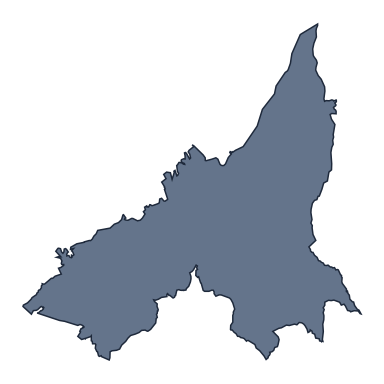 Babana, Arges, Romania (Natural Earth projection), rotated 270°
{"feature_id": "2599482B94335816711173", "entity_name": "Babana", "entity_type": "district", "adm_level": 2, "iso_a3": "ROU", "parent_name": "Romania", "parent_adm1": "Arges", "projection": "natural_earth1", "projection_center": [24.7, 44.889], "detail": "fine", "context": "isolated", "style": "filled", "palette": "slate", "viewbox_px": 384, "rotation_deg": 270, "n_neighbors": 0, "source": "geoboundaries", "source_scale": "gbopen_adm2", "svg_char_len": 5831}
<svg xmlns="http://www.w3.org/2000/svg" viewBox="0 0 384 384"><g transform="rotate(270 192 192)"><path d="M249.4,333.2L259.5,334.9L264.8,331.5L269.5,330.1L270.5,331.8L270.2,336.1L272.8,336.1L274.0,335.5L274.8,334.3L276.6,333.5L278.3,335.7L279.0,336.0L281.0,334.8L282.2,336.3L283.1,336.4L284.0,336.1L283.0,333.7L283.8,333.0L284.1,331.8L283.2,329.2L283.4,326.1L282.7,324.6L285.1,323.9L292.9,324.9L297.2,324.6L304.8,321.2L308.4,318.2L313.9,315.7L316.7,316.0L321.1,317.2L323.8,316.4L327.8,313.6L329.1,313.2L335.0,312.7L340.7,313.9L347.0,316.4L353.0,316.0L355.6,316.4L358.4,317.6L360.0,317.6L349.5,300.3L330.4,291.9L320.6,290.4L314.4,288.2L313.1,287.4L311.5,285.2L298.0,276.1L290.1,274.5L274.6,262.4L257.9,257.2L237.4,243.2L233.8,235.7L231.9,232.9L232.2,232.6L231.2,231.6L232.3,230.9L232.4,230.2L231.4,229.8L229.9,231.2L226.5,228.3L220.1,225.5L218.5,223.8L218.4,222.1L218.9,220.9L219.9,219.9L224.8,217.9L226.2,215.9L224.8,211.8L223.3,206.1L223.5,205.3L226.2,205.2L229.0,203.2L238.1,193.9L239.2,192.1L237.5,193.8L233.7,189.1L232.1,188.2L229.9,189.7L226.0,190.6L225.0,189.6L230.2,186.7L231.5,185.6L231.4,185.0L231.1,184.5L228.1,185.1L225.0,185.1L225.2,183.7L224.3,181.5L223.7,181.2L222.5,181.3L221.3,182.4L220.5,184.4L219.6,184.7L219.8,183.6L221.5,181.2L221.3,180.4L221.6,179.6L221.5,178.9L219.3,177.6L218.5,176.7L212.4,177.5L210.8,178.6L208.8,177.8L208.1,176.9L213.6,175.0L212.8,173.9L211.4,174.2L204.6,172.1L211.3,170.4L211.9,166.6L209.6,163.7L205.3,166.0L201.9,161.7L197.1,164.6L196.9,164.3L195.1,165.2L194.6,164.5L184.8,167.7L184.2,167.1L182.8,165.0L183.0,163.9L185.7,161.6L185.0,159.7L181.2,159.3L180.3,157.9L178.4,152.6L178.4,151.7L179.2,150.6L179.3,149.8L177.0,148.6L177.3,148.0L176.9,147.1L178.1,146.7L176.8,144.6L174.3,145.4L172.3,143.4L170.0,145.0L165.9,142.4L163.8,140.3L163.2,137.5L165.5,132.9L165.6,131.7L163.7,128.0L163.9,126.0L164.5,124.5L165.4,124.8L166.0,125.8L169.3,123.5L169.0,122.9L164.4,121.6L161.4,118.5L159.8,114.3L155.9,110.1L153.6,97.7L150.2,96.2L147.9,93.9L144.8,92.2L143.4,90.6L143.5,89.3L142.1,84.2L141.7,84.2L140.2,76.8L136.8,70.8L134.7,70.5L135.4,73.5L133.2,71.6L132.1,72.7L129.2,73.9L127.9,72.3L129.5,71.3L126.6,71.9L126.3,71.5L126.7,70.0L128.4,68.9L128.5,67.7L128.1,66.9L129.8,66.7L131.5,67.6L132.0,68.3L134.8,66.4L135.4,65.4L134.9,64.2L132.0,63.9L130.7,62.9L132.0,61.6L135.3,60.5L135.8,58.7L135.6,57.9L132.7,55.8L127.3,60.7L127.5,58.9L126.7,56.6L125.9,59.9L125.0,61.0L123.0,61.9L120.5,61.3L119.5,61.8L119.5,63.7L118.7,63.7L116.6,61.0L115.8,58.5L109.9,61.3L107.8,55.1L105.7,52.7L105.7,51.3L100.1,44.8L99.8,43.9L100.3,42.2L99.2,42.3L98.1,41.4L96.3,41.4L94.2,40.0L93.9,38.8L93.2,38.3L92.0,38.3L90.9,36.9L89.4,36.5L86.4,32.1L84.6,31.0L81.1,27.5L78.9,23.4L77.5,23.0L69.8,31.4L73.4,33.4L73.7,36.3L74.3,37.6L77.4,40.9L77.5,41.8L76.4,42.6L76.9,43.3L76.5,43.8L74.8,43.2L73.3,41.5L73.3,40.8L71.2,38.5L71.0,37.1L63.5,59.7L62.7,64.6L58.6,77.8L59.5,80.0L59.0,81.7L58.0,83.3L57.1,84.0L56.6,83.8L56.1,82.8L56.4,82.6L55.4,81.7L55.3,81.0L52.7,79.8L52.2,80.5L51.4,80.2L47.6,77.8L44.5,81.6L45.5,84.9L45.1,85.3L45.7,85.7L47.4,90.6L48.2,91.3L43.2,91.3L42.7,92.2L40.2,92.6L40.2,95.2L39.5,95.8L35.8,95.3L32.5,96.8L32.3,97.5L28.3,98.5L27.6,99.3L28.3,101.2L27.4,101.5L24.0,109.2L26.2,109.9L32.2,110.1L33.2,111.9L33.7,116.5L34.9,119.6L38.9,121.7L42.6,125.7L45.8,127.9L48.5,130.6L49.9,135.2L51.5,139.1L53.6,141.6L53.9,145.1L52.8,147.3L52.9,148.1L54.6,150.6L61.0,155.7L65.4,156.2L66.6,157.3L69.8,156.5L70.5,157.2L73.0,157.4L73.0,157.9L74.3,158.2L77.7,157.0L80.1,157.2L82.5,154.5L84.2,153.7L83.8,155.5L84.8,158.5L86.6,161.5L87.4,166.9L89.7,166.9L90.4,167.6L88.5,169.0L88.7,169.8L86.1,172.9L86.1,173.4L86.8,174.5L88.4,175.1L88.5,175.6L93.8,176.8L94.4,179.0L93.8,180.1L93.6,182.3L93.9,183.1L93.5,183.8L93.8,184.2L93.9,185.9L95.4,186.4L97.7,188.7L102.0,190.4L105.2,191.0L107.7,190.9L111.2,189.7L112.4,191.9L114.2,193.5L118.9,196.1L118.0,197.4L116.3,196.6L114.6,197.5L113.6,196.0L108.5,195.8L106.6,197.7L107.2,198.6L101.0,200.7L100.8,201.2L93.6,203.2L92.7,204.6L92.7,209.0L93.8,211.7L93.8,213.2L92.2,214.1L90.3,214.1L87.8,215.9L89.1,219.1L89.1,221.1L86.0,229.5L84.6,230.9L81.1,232.8L74.9,234.7L71.9,233.3L70.2,233.4L68.7,232.8L61.8,232.8L58.7,230.7L54.5,230.5L54.0,230.9L53.9,232.3L51.6,234.2L50.4,236.0L47.7,237.6L47.6,239.3L46.4,240.7L46.1,242.6L45.4,244.2L42.9,246.4L43.3,246.8L43.5,248.3L39.5,254.9L36.0,256.2L33.3,259.7L28.1,264.0L24.5,266.1L26.2,268.1L27.7,268.3L28.6,269.4L30.4,270.2L31.7,269.7L32.2,271.9L33.6,273.7L36.5,274.7L37.4,277.4L39.6,278.1L44.3,279.1L47.1,278.2L52.6,272.8L55.7,278.8L56.2,281.4L58.9,286.4L58.5,289.3L59.9,294.5L59.2,296.9L61.5,299.2L61.2,301.7L60.0,303.6L58.4,305.0L54.9,307.0L51.5,308.0L52.5,309.9L54.1,310.2L52.8,312.0L50.9,312.3L49.8,314.7L45.9,315.7L45.2,319.2L43.1,319.6L42.8,321.0L42.2,321.6L42.8,322.2L42.6,322.9L44.5,322.4L52.5,323.3L59.8,322.8L64.3,323.8L68.3,323.9L71.4,323.2L74.5,324.2L76.2,323.2L78.8,324.8L81.8,324.8L83.7,328.5L83.4,331.2L83.9,333.9L81.8,339.6L78.9,341.3L79.8,344.0L78.2,345.3L73.5,347.6L73.1,349.8L72.2,350.6L73.3,354.2L73.0,358.2L70.4,360.1L70.1,361.0L73.8,359.0L74.8,357.2L78.5,354.6L82.0,353.6L82.2,352.4L84.8,349.9L88.9,349.3L90.5,348.0L92.6,347.5L92.0,347.0L92.4,346.4L95.0,346.4L100.6,342.3L102.3,341.8L106.4,342.1L107.1,341.5L108.6,341.5L109.3,340.5L114.1,338.3L114.5,337.2L114.1,335.8L116.4,334.5L116.1,332.8L117.0,331.7L117.0,330.3L118.9,328.0L118.5,326.7L118.7,324.5L120.9,323.3L121.8,321.2L122.8,320.5L123.4,318.5L126.6,317.1L128.7,314.5L131.6,313.0L131.7,311.8L133.1,310.5L134.6,310.4L137.1,308.9L143.6,315.8L149.5,313.0L156.2,312.1L158.4,312.3L160.9,310.9L164.4,312.0L171.3,310.9L174.7,311.1L180.7,312.4L183.6,314.5L184.4,316.9L187.7,318.0L187.9,319.3L194.7,321.9L201.0,323.7L203.0,327.4L211.9,328.9L214.1,331.5L220.2,331.7L231.5,330.9L236.7,331.8L239.7,333.2L243.8,332.7L246.9,333.6L249.4,333.2Z" fill="#64748b" stroke="#1e293b" stroke-width="1.5"/></g></svg>